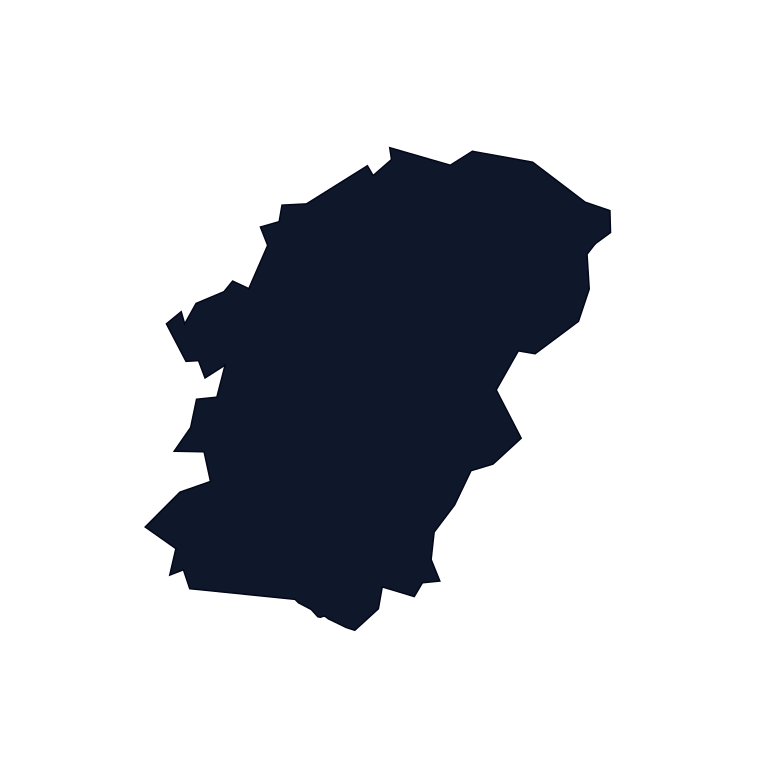 Yancey, North Carolina, United States of America, rotated 247°
{"feature_id": "52423323B67190379796857", "entity_name": "Yancey", "entity_type": "district", "adm_level": 2, "iso_a3": "USA", "parent_name": "United States of America", "parent_adm1": "North Carolina", "projection": "albers", "projection_center": [-82.318, 35.892], "detail": "fine", "context": "isolated", "style": "filled", "palette": "ink", "viewbox_px": 768, "rotation_deg": 247, "n_neighbors": 0, "source": "geoboundaries", "source_scale": "gbopen_adm2", "svg_char_len": 1047}
<svg xmlns="http://www.w3.org/2000/svg" viewBox="0 0 768 768"><g transform="rotate(247 384 384)"><path d="M280.5,489.1L334.7,485.0L362.0,520.6L352.8,534.9L365.7,587.5L391.2,610.0L424.1,621.6L430.0,632.2L430.1,632.8L430.6,633.4L434.9,651.7L455.3,659.7L472.8,640.2L530.1,607.5L563.0,557.3L563.3,557.1L563.5,556.8L563.6,556.5L563.7,556.3L559.5,530.5L599.3,481.6L587.7,478.6L580.1,455.4L591.4,454.0L580.1,383.0L588.5,360.0L574.4,350.9L576.8,331.6L557.1,331.1L524.6,296.8L537.9,284.9L531.5,272.8L531.6,242.5L517.2,224.0L529.8,225.6L524.4,207.2L482.2,210.6L478.0,222.4L459.5,221.6L463.5,245.1L437.2,225.0L443.2,205.5L419.5,189.0L404.1,164.6L391.9,191.9L362.1,186.2L364.2,153.9L345.7,108.3L313.8,128.1L291.8,112.1L291.4,126.8L271.5,125.2L220.5,218.0L216.0,219.8L204.9,228.9L195.5,232.2L194.1,234.4L193.9,237.8L192.7,239.3L189.6,241.0L174.7,254.0L168.7,260.9L179.3,291.0L197.9,303.1L176.5,328.8L186.0,341.7L180.8,358.4L204.0,358.8L228.1,372.3L245.1,401.8L270.2,430.2L267.7,453.1L280.5,489.1Z" fill="#0f172a" stroke="#020617" stroke-width="1.5"/></g></svg>